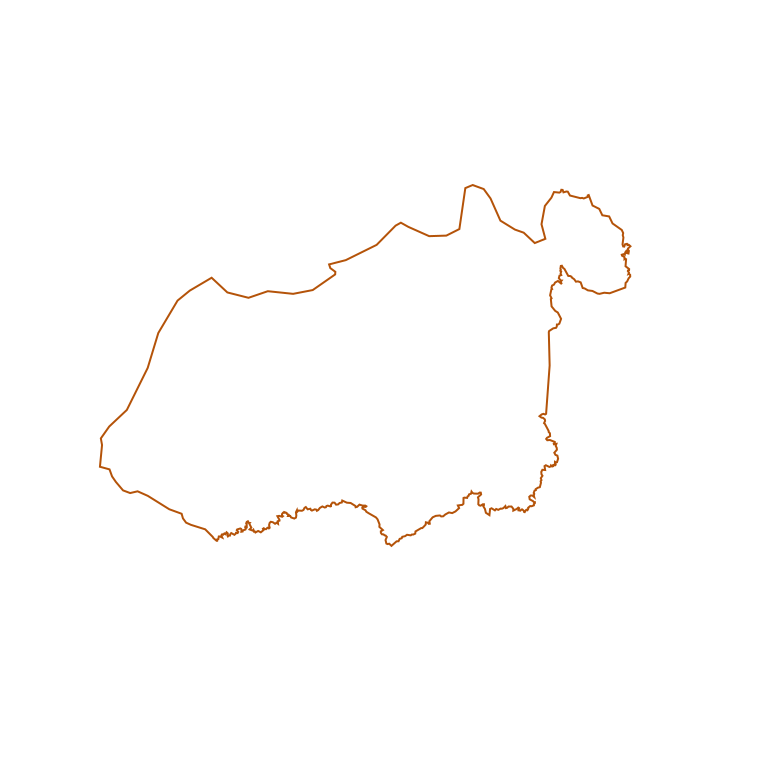 the district of Krachi East Municipal, Volta, Ghana, rotated 57°
{"feature_id": "2480657B4921606442052", "entity_name": "Krachi East Municipal", "entity_type": "district", "adm_level": 2, "iso_a3": "GHA", "parent_name": "Ghana", "parent_adm1": "Volta", "projection": "orthographic", "projection_center": [0.372, 7.806], "detail": "fine", "context": "isolated", "style": "outline", "palette": "amber", "viewbox_px": 768, "rotation_deg": 57, "n_neighbors": 0, "source": "geoboundaries", "source_scale": "gbopen_adm2", "svg_char_len": 6165}
<svg xmlns="http://www.w3.org/2000/svg" viewBox="0 0 768 768"><g transform="rotate(57 384 384)"><path d="M556.9,317.8L555.4,315.8L555.7,314.5L554.8,314.0L554.8,311.3L555.4,309.5L552.3,306.1L550.9,305.6L550.4,304.3L548.4,303.8L547.3,301.1L545.5,301.1L543.4,300.0L542.2,297.9L543.9,295.7L540.3,294.1L540.3,292.5L543.6,290.5L544.0,289.0L543.3,288.3L544.8,287.8L545.0,287.1L544.1,287.0L544.1,286.0L545.4,284.7L545.2,284.0L543.7,283.9L542.4,283.0L543.7,282.3L543.8,281.5L541.5,278.7L538.5,277.6L536.8,278.8L534.4,278.6L533.3,274.8L531.6,273.9L529.4,273.7L528.1,272.0L527.1,274.3L526.5,274.1L526.6,272.9L525.6,272.3L521.3,275.4L520.1,277.7L518.4,277.9L517.9,276.6L518.2,273.1L515.7,271.7L513.9,272.0L513.0,271.5L505.1,270.8L504.0,271.1L502.7,269.0L501.3,268.4L499.1,269.0L497.9,270.3L495.7,271.1L495.4,268.3L495.9,266.5L497.3,265.5L497.3,264.3L458.7,235.0L430.2,217.5L429.5,216.6L429.5,211.7L430.6,209.1L429.9,207.8L428.3,206.6L428.9,205.6L428.9,204.1L425.8,200.0L418.7,199.3L415.9,200.6L410.2,201.2L403.6,197.8L403.4,196.8L400.1,196.4L395.7,192.0L395.9,191.3L394.3,191.0L393.0,189.4L393.2,187.3L392.1,185.3L392.3,182.0L397.0,180.5L394.5,180.1L394.0,178.7L393.5,179.4L390.4,179.7L388.7,177.8L389.2,176.0L387.5,175.7L386.1,174.1L385.1,174.5L384.3,173.4L383.4,173.3L381.3,171.4L381.7,170.4L384.1,170.6L385.8,170.0L393.7,170.6L394.8,169.1L396.1,168.3L396.9,168.5L399.8,167.4L402.7,167.3L403.6,165.4L405.9,163.7L411.7,165.1L413.1,163.7L416.5,162.0L419.5,158.5L424.4,155.7L425.8,154.1L427.4,149.6L430.8,145.3L434.5,129.1L430.8,126.3L430.4,124.2L428.6,121.3L428.0,119.0L426.5,118.1L425.0,118.5L424.9,119.1L424.0,117.9L422.1,118.0L421.7,117.6L422.0,116.5L421.1,115.8L416.8,117.3L411.2,113.0L410.1,113.5L410.2,114.3L408.4,113.2L406.0,114.5L405.1,114.2L405.6,112.3L406.7,111.6L405.0,110.0L404.3,108.1L406.0,107.7L406.6,108.9L407.7,107.9L405.7,106.1L404.0,106.2L403.3,105.7L402.7,102.3L400.8,102.8L400.2,104.0L399.7,103.5L398.8,103.8L398.1,105.7L399.6,107.7L398.9,108.5L396.8,107.9L391.5,103.4L389.2,102.7L387.7,101.2L384.3,100.7L373.8,104.9L366.1,103.9L361.4,109.0L354.4,108.1L347.9,111.9L337.0,109.4L336.8,110.4L338.0,111.4L337.2,115.4L335.8,116.5L335.1,118.1L327.2,125.4L322.8,125.1L321.9,126.2L321.0,129.1L318.5,128.5L317.7,129.5L319.1,131.3L319.0,132.7L315.6,136.9L318.9,142.1L322.3,152.1L335.8,164.9L350.1,169.6L347.9,180.8L333.2,184.4L325.8,190.1L310.4,197.4L286.4,193.6L274.8,194.2L265.4,201.3L264.0,209.1L295.1,236.4L293.5,250.9L284.6,265.6L265.5,278.0L257.9,282.0L257.5,288.0L263.3,314.4L259.3,348.6L253.8,364.9L257.6,365.9L263.4,363.7L265.5,365.3L266.4,392.6L258.9,411.1L242.9,430.9L237.9,450.7L221.9,465.5L201.0,470.7L199.9,496.0L201.6,511.7L218.3,545.5L241.8,573.4L265.7,613.8L270.0,637.6L275.4,651.1L281.6,653.7L298.7,667.3L306.1,660.7L313.4,662.4L320.2,662.2L331.1,660.8L337.2,656.3L339.8,649.1L349.2,643.0L372.1,632.3L382.6,624.4L387.2,625.8L392.5,625.5L397.0,622.6L408.5,613.1L419.0,610.9L420.2,611.0L424.3,609.8L424.6,609.3L423.5,608.5L423.9,607.5L421.9,605.6L422.5,604.6L424.7,603.3L422.6,602.9L422.0,602.2L421.9,601.6L422.8,601.0L422.4,599.3L423.5,598.9L422.6,596.8L424.2,596.4L425.6,597.8L426.8,597.9L426.5,596.6L427.2,595.8L426.2,594.6L425.8,593.3L429.0,591.6L428.8,590.0L428.2,589.2L429.3,588.0L428.7,586.8L426.4,587.1L426.0,586.4L426.9,583.2L427.8,582.7L428.7,582.9L430.2,584.1L430.7,582.9L429.9,582.2L430.6,579.5L430.1,578.7L428.6,578.5L428.0,577.8L428.2,577.5L429.2,577.7L429.5,577.2L427.1,575.7L425.8,575.5L424.9,574.2L425.0,572.9L426.1,573.0L426.3,573.5L427.4,572.3L427.6,573.0L432.2,573.5L432.8,575.9L435.4,574.0L435.1,572.9L437.1,573.4L437.3,572.7L438.5,572.7L438.7,569.6L441.3,568.1L440.9,564.6L439.5,564.4L439.5,563.4L440.5,563.3L441.5,562.0L441.1,560.0L441.4,559.2L442.4,559.1L442.3,558.2L439.7,557.2L438.2,555.5L437.9,554.0L439.4,552.5L441.9,551.5L441.8,549.6L443.5,549.0L441.2,547.8L441.7,546.1L441.2,545.7L436.8,545.4L437.5,543.7L439.9,541.7L439.8,540.8L438.8,541.3L437.5,540.3L437.0,538.8L437.7,537.7L436.3,538.0L439.0,535.9L440.2,536.1L441.6,535.2L442.4,536.4L443.6,534.5L445.3,534.6L448.0,532.5L448.1,530.6L446.5,529.1L443.6,527.7L442.4,525.7L443.9,526.3L443.5,524.7L445.6,521.9L445.8,520.2L444.6,518.1L444.6,516.6L447.5,516.3L448.5,513.7L449.9,513.9L450.9,513.4L451.4,510.3L452.6,509.1L453.8,509.3L453.9,507.8L453.0,505.3L453.1,502.4L455.3,501.0L455.7,499.8L455.0,498.7L455.4,497.4L457.5,495.6L457.6,495.0L456.3,494.2L455.4,491.8L456.6,490.1L459.1,489.9L460.0,488.0L459.6,486.1L460.4,483.9L459.0,482.5L463.3,479.8L465.6,476.8L470.7,474.4L471.9,474.9L472.4,473.5L471.8,470.3L474.3,468.2L475.8,465.9L476.9,465.4L477.1,466.3L475.9,468.0L475.8,469.1L476.0,469.7L476.8,469.9L479.8,468.3L481.5,468.4L484.1,467.2L491.5,463.4L494.0,463.1L499.3,464.2L501.3,465.7L505.9,464.5L505.8,466.9L507.2,467.7L508.9,467.6L509.9,466.3L511.3,465.9L511.9,465.2L513.8,464.9L515.7,467.7L519.1,468.9L520.2,468.2L520.8,466.6L523.8,465.9L522.8,459.1L523.8,457.5L522.4,455.2L523.0,453.2L522.1,451.9L523.1,449.2L523.0,446.8L525.5,444.0L525.4,442.7L526.2,441.4L526.5,439.3L524.8,437.9L525.1,431.2L525.7,430.3L525.2,427.9L524.6,425.6L522.8,424.2L524.1,422.9L525.7,422.6L526.1,421.7L523.8,420.7L522.3,415.8L522.8,412.4L524.7,408.7L526.2,408.2L527.2,406.4L526.8,403.7L527.1,399.5L529.4,397.1L529.8,393.5L529.0,388.6L526.1,388.2L528.0,384.1L527.7,382.6L522.9,379.4L523.0,378.6L524.8,376.3L523.8,375.1L523.8,373.8L522.9,372.9L523.4,370.7L521.9,369.2L523.6,369.1L524.8,368.3L527.2,364.9L527.2,362.8L527.8,362.0L529.5,362.7L530.2,366.9L532.3,367.6L536.2,370.4L537.7,370.2L538.7,369.2L538.7,366.6L539.3,365.7L540.1,366.2L540.6,367.3L543.8,367.4L547.5,368.7L551.4,367.0L546.6,363.1L546.8,361.5L550.4,359.8L549.9,358.0L551.8,356.7L552.0,354.1L552.8,353.1L553.1,351.3L552.5,348.7L554.5,349.3L554.9,348.2L554.6,346.3L556.2,343.8L559.1,343.5L560.6,344.5L561.1,340.7L560.8,338.7L561.7,338.3L563.2,340.0L564.5,338.6L564.1,337.1L564.4,336.4L566.4,335.8L567.6,336.2L568.1,335.8L567.0,333.3L567.2,332.5L567.9,332.3L567.2,330.9L566.3,330.5L566.0,327.9L566.9,326.8L567.4,324.4L566.3,323.7L566.2,322.5L565.3,321.8L564.5,322.7L563.4,322.8L560.1,324.6L557.7,323.6L557.4,321.8L558.3,320.3L560.6,319.6L559.3,319.2L557.9,317.8L556.9,317.8Z" fill="none" stroke="#b45309" stroke-width="2"/></g></svg>